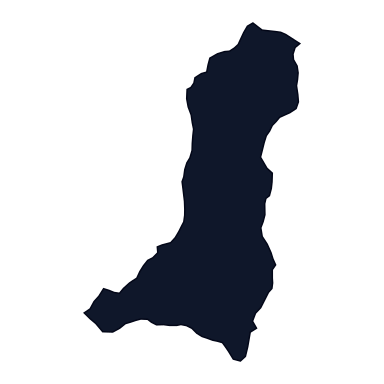 Uru, São Paulo, Brazil
{"feature_id": "56859067B88945605204641", "entity_name": "Uru", "entity_type": "district", "adm_level": 2, "iso_a3": "BRA", "parent_name": "Brazil", "parent_adm1": "São Paulo", "projection": "natural_earth1", "projection_center": [-49.301, -21.76], "detail": "fine", "context": "isolated", "style": "filled", "palette": "ink", "viewbox_px": 384, "rotation_deg": 0, "n_neighbors": 0, "source": "geoboundaries", "source_scale": "gbopen_adm2", "svg_char_len": 1785}
<svg xmlns="http://www.w3.org/2000/svg" viewBox="0 0 384 384"><path d="M233.3,359.1L240.4,361.0L245.4,356.4L247.7,346.8L250.2,332.2L256.5,328.2L252.5,321.2L255.5,313.2L260.7,307.7L268.5,292.3L271.9,288.5L272.6,283.0L272.3,278.1L272.3,269.7L275.6,264.9L272.9,258.8L271.0,252.7L267.2,244.2L262.2,236.5L260.8,227.8L263.1,221.7L264.9,214.8L264.7,203.7L265.9,198.4L269.4,195.7L271.3,188.5L272.0,182.1L272.3,173.1L266.9,168.2L260.5,157.2L262.1,150.9L264.2,142.4L266.3,135.7L269.6,131.0L272.3,125.4L276.1,121.5L279.6,117.3L284.4,115.1L289.8,112.7L296.1,108.5L298.4,101.9L297.8,94.6L296.5,85.7L297.5,79.7L298.1,72.9L297.1,66.0L293.5,59.7L293.0,54.1L295.1,47.5L299.8,43.6L293.9,39.8L285.7,34.5L280.7,32.3L275.6,31.6L262.1,30.1L258.2,27.1L252.9,23.0L247.4,26.2L243.7,32.6L240.2,40.1L238.2,44.5L234.4,48.0L229.5,51.2L224.6,51.6L217.5,53.8L209.9,58.1L208.1,64.8L206.7,72.1L201.4,73.6L195.0,77.7L193.9,83.1L190.9,87.5L187.1,89.4L186.7,98.7L188.2,106.9L191.2,114.9L192.3,122.7L193.6,129.1L192.9,135.5L192.3,143.2L192.1,150.4L189.9,157.9L186.9,162.8L184.8,169.5L183.8,176.9L182.1,181.7L183.0,188.7L184.5,201.3L184.8,209.3L184.7,215.3L183.8,221.9L181.7,225.9L178.9,231.5L175.3,237.6L170.7,242.7L162.0,245.0L157.3,246.9L157.8,252.7L152.8,257.8L147.7,260.4L143.5,265.7L139.9,271.5L136.8,278.2L133.0,280.6L129.5,283.0L123.5,288.4L119.5,293.3L114.1,292.5L109.0,290.4L103.6,288.7L98.9,296.2L94.1,301.5L90.1,308.9L84.2,312.9L90.1,318.7L95.8,323.5L102.7,331.7L112.7,332.0L119.7,328.2L125.4,323.6L130.5,322.1L135.9,320.3L140.8,319.0L147.7,319.3L151.4,322.2L156.5,324.8L163.5,324.6L169.6,325.4L176.7,325.4L180.9,324.5L186.5,325.6L191.9,328.3L196.9,333.3L202.1,336.5L206.7,338.0L212.7,340.2L217.5,341.2L222.4,342.6L225.1,346.3L228.4,351.1L233.3,359.1Z" fill="#0f172a" stroke="#020617" stroke-width="1.5"/></svg>